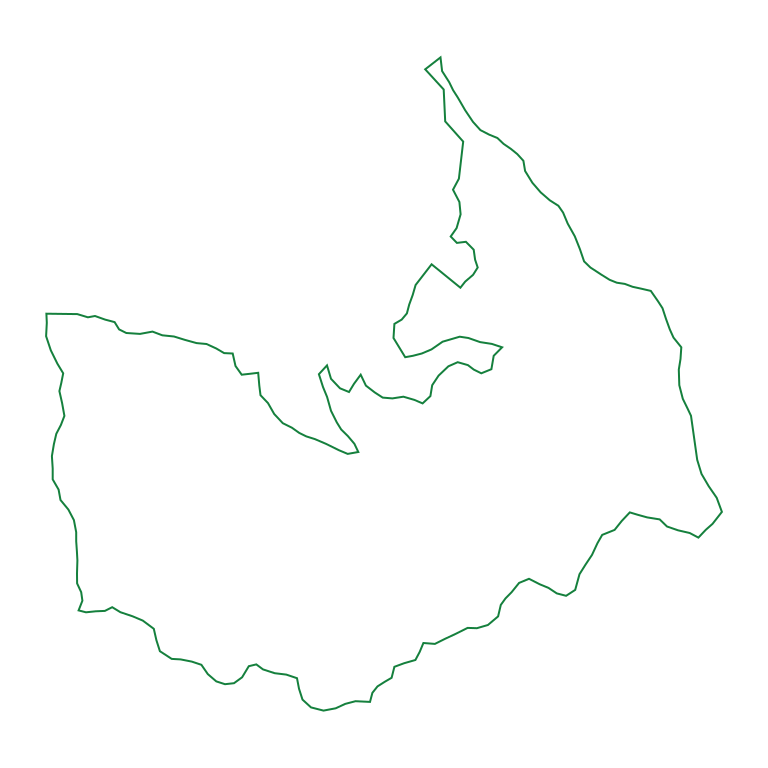 the district of Presidente Getúlio, Santa Catarina, Brazil
{"feature_id": "56859067B44549542667052", "entity_name": "Presidente Getúlio", "entity_type": "district", "adm_level": 2, "iso_a3": "BRA", "parent_name": "Brazil", "parent_adm1": "Santa Catarina", "projection": "robinson", "projection_center": [-49.714, -27.036], "detail": "fine", "context": "isolated", "style": "outline", "palette": "green", "viewbox_px": 768, "rotation_deg": 0, "n_neighbors": 0, "source": "geoboundaries", "source_scale": "gbopen_adm2", "svg_char_len": 3181}
<svg xmlns="http://www.w3.org/2000/svg" viewBox="0 0 768 768"><path d="M50.8,350.3L57.4,363.7L63.2,373.3L61.3,382.9L59.4,391.1L62.1,403.1L64.4,415.9L60.9,425.0L56.3,433.8L53.9,444.1L51.9,456.1L52.7,468.6L52.7,479.4L58.6,489.6L60.5,500.0L68.4,509.6L73.9,520.1L76.2,532.2L76.2,541.3L76.9,551.3L77.4,560.4L77.0,573.3L77.1,583.4L81.2,592.2L82.4,600.7L78.6,610.4L86.0,612.3L95.7,611.3L104.9,610.9L112.2,607.2L120.4,612.2L132.6,616.3L142.8,620.6L153.8,628.8L156.4,640.2L159.9,651.2L171.7,658.9L180.6,659.4L191.8,661.6L201.4,664.8L207.8,674.1L216.3,681.4L225.0,684.2L234.0,683.2L242.1,677.3L248.8,666.2L256.3,664.4L263.0,669.4L274.7,673.2L286.3,674.6L297.0,678.2L299.0,688.7L302.5,699.6L311.0,707.4L323.5,710.6L335.7,708.3L345.2,703.9L355.5,701.2L370.0,701.9L372.4,692.8L377.5,686.4L384.9,681.7L391.6,677.8L394.4,666.8L404.2,663.2L415.4,660.0L419.7,651.9L423.4,643.0L434.9,643.9L445.3,638.7L455.8,633.8L467.6,627.9L476.9,628.2L487.9,625.0L498.1,616.4L500.8,604.9L505.5,598.4L511.6,592.2L519.1,582.9L529.0,578.8L539.8,584.3L548.5,587.9L556.8,593.4L566.1,595.8L575.2,589.9L579.5,574.2L585.6,564.5L592.0,554.9L597.5,543.1L602.2,534.9L614.6,529.9L621.7,521.0L629.8,512.4L637.8,514.8L647.2,517.4L659.7,519.4L667.0,526.5L678.0,530.3L689.7,533.0L698.4,537.6L705.9,529.7L712.5,523.9L721.9,511.9L716.7,497.8L708.7,486.2L701.5,473.9L697.2,459.8L691.0,415.8L687.5,408.4L682.8,398.8L679.3,385.2L678.8,369.6L680.5,359.0L681.3,347.3L673.5,337.6L669.8,329.4L666.0,318.9L662.5,308.2L658.1,301.4L650.8,290.9L640.9,288.6L632.6,286.8L624.8,283.9L616.8,282.7L609.6,279.8L601.1,274.5L590.4,267.5L584.1,261.4L579.9,249.1L574.8,236.3L567.7,223.6L563.1,212.6L558.4,205.8L549.8,200.3L540.7,192.4L532.4,182.8L525.1,171.0L523.4,160.8L517.3,154.1L510.9,148.9L503.6,143.9L497.4,138.0L489.1,134.6L480.4,130.1L473.0,121.9L465.2,110.3L457.9,97.7L453.1,90.2L449.2,82.2L442.1,71.1L440.5,57.4L425.2,69.3L443.7,89.5L445.2,121.4L463.2,141.6L458.9,178.7L453.0,189.7L459.4,202.0L460.6,214.3L456.6,228.1L450.7,236.5L456.9,242.9L465.9,241.8L473.7,249.7L475.1,259.7L477.7,267.5L473.1,274.8L465.2,281.6L460.4,287.7L431.6,264.3L415.6,285.0L412.7,295.0L409.2,304.6L406.9,313.4L401.7,319.6L394.4,323.9L393.5,338.0L399.9,348.5L405.2,357.2L412.9,355.8L421.8,353.5L431.5,349.4L442.6,341.7L452.2,338.9L459.7,336.7L468.4,338.0L480.1,342.1L491.8,343.9L502.1,347.3L493.7,355.8L491.4,369.2L481.3,373.3L473.8,369.6L467.9,365.1L457.7,362.2L448.4,366.3L438.6,375.6L432.2,385.2L430.4,396.1L422.6,403.4L414.4,399.9L403.4,396.7L392.4,398.4L382.7,397.6L374.7,392.4L365.9,385.6L360.7,374.7L354.0,383.8L349.0,392.0L340.0,388.3L331.0,378.8L327.0,365.4L318.9,374.2L323.0,387.0L327.1,397.0L331.0,410.8L336.8,422.4L341.2,429.5L347.9,436.1L354.4,443.8L358.3,452.0L347.7,453.9L338.9,450.2L325.9,443.8L314.9,439.1L306.3,436.4L299.2,432.9L291.9,427.7L282.8,423.2L274.2,414.0L268.0,403.1L260.5,395.2L259.3,385.6L258.2,372.8L250.7,373.7L241.7,374.7L235.5,366.0L232.7,353.5L224.1,353.1L216.3,348.5L206.5,344.0L196.6,343.1L185.0,339.9L174.0,336.5L162.3,335.3L152.5,331.6L140.0,333.9L126.3,333.0L119.1,329.4L114.6,322.1L105.1,319.6L95.0,316.0L87.9,317.3L77.3,314.1L46.4,313.7L46.8,322.8L46.1,336.2L50.8,350.3Z" fill="none" stroke="#15803d" stroke-width="2"/></svg>